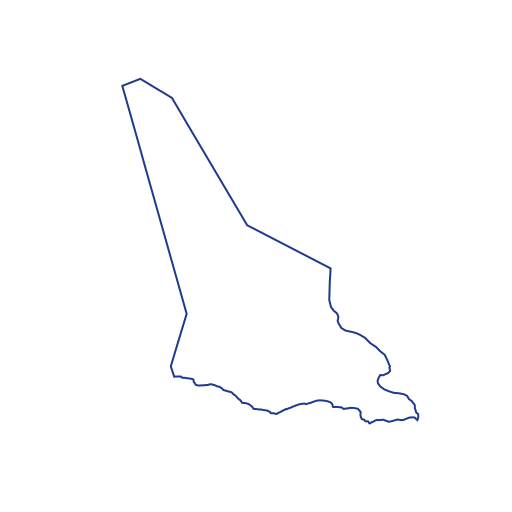 the district of Bitica, Litoral, Equatorial Guinea, rotated 254°
{"feature_id": "11065452B13026737962858", "entity_name": "Bitica", "entity_type": "district", "adm_level": 2, "iso_a3": "GNQ", "parent_name": "Equatorial Guinea", "parent_adm1": "Litoral", "projection": "equal_earth", "projection_center": [9.489, 1.359], "detail": "fine", "context": "isolated", "style": "outline", "palette": "blue", "viewbox_px": 512, "rotation_deg": 254, "n_neighbors": 0, "source": "geoboundaries", "source_scale": "gbopen_adm2", "svg_char_len": 5297}
<svg xmlns="http://www.w3.org/2000/svg" viewBox="0 0 512 512"><g transform="rotate(254 256 256)"><path d="M456.4,174.4L397.3,174.2L371.7,174.0L317.9,173.8L316.7,173.8L219.5,173.4L185.0,151.1L173.4,143.7L162.5,144.1L162.3,145.5L161.8,147.1L161.5,148.4L161.4,148.6L160.9,150.5L160.6,150.9L159.7,151.1L159.3,151.8L158.9,152.6L158.8,153.4L158.4,154.3L157.9,155.1L157.6,156.0L157.3,156.7L156.9,157.4L156.5,158.2L156.1,159.3L155.9,159.8L155.6,160.3L155.4,160.7L155.2,161.1L154.7,161.6L154.0,161.8L153.2,161.6L152.7,161.5L152.2,161.5L151.5,161.7L151.0,162.0L150.0,162.3L149.5,162.3L149.0,162.5L148.6,162.8L148.3,163.3L147.9,164.1L147.6,164.6L147.2,165.4L147.0,166.0L147.0,166.6L146.8,167.3L146.7,167.8L146.5,168.5L146.2,169.4L146.2,170.0L146.2,170.4L146.0,170.8L145.8,171.3L145.8,171.7L145.8,172.1L145.7,172.6L145.6,173.3L145.3,173.9L145.3,174.5L145.4,175.4L145.3,176.1L145.3,176.7L145.0,177.8L144.6,178.3L144.2,179.0L143.8,179.8L143.4,180.5L143.1,180.8L142.6,181.4L142.2,181.9L141.7,182.4L141.4,182.8L140.8,183.9L140.6,184.5L140.3,184.7L139.9,185.2L139.5,185.6L139.1,185.9L138.7,186.2L138.2,186.7L137.6,187.1L137.0,187.3L136.6,187.4L136.3,187.6L135.8,188.2L135.6,188.7L135.2,189.2L134.9,189.7L134.6,190.3L134.2,190.9L133.7,191.6L133.4,192.0L133.1,192.6L132.8,193.2L132.3,194.2L131.9,194.7L131.1,195.4L130.5,195.6L129.6,196.0L129.1,196.5L128.7,196.9L128.0,197.3L127.4,197.8L126.7,198.2L126.0,198.4L124.9,199.0L124.4,199.4L123.7,199.6L123.0,200.2L122.4,200.5L122.0,201.1L121.5,201.2L120.9,201.6L120.3,201.6L119.9,201.8L119.5,201.9L119.1,202.0L118.8,202.1L118.5,202.7L118.1,203.7L117.8,204.6L117.5,205.4L117.0,206.1L116.8,206.5L116.2,207.4L115.9,207.8L115.7,208.0L115.3,208.6L114.3,209.2L113.6,209.8L112.9,210.3L112.2,210.6L111.5,211.0L110.8,211.2L110.4,211.4L110.1,211.4L109.7,211.5L109.4,212.4L109.1,213.3L108.7,214.2L108.3,215.2L107.8,216.1L107.6,217.2L107.0,218.4L106.8,219.0L106.2,220.2L105.9,220.7L105.4,221.6L105.2,222.2L104.9,223.0L104.6,223.6L104.2,224.2L104.0,224.7L103.2,225.3L102.9,225.6L102.6,226.2L102.3,226.5L101.6,226.7L101.2,226.7L100.8,227.1L100.5,227.6L100.4,228.3L100.2,229.1L99.9,229.6L99.7,230.0L99.4,230.7L99.0,231.1L98.8,231.4L98.6,231.9L98.6,232.5L98.6,233.1L98.9,233.8L99.1,234.6L99.2,235.6L99.4,236.8L99.6,237.7L99.9,238.9L100.1,239.7L100.2,240.5L100.3,241.4L100.7,242.3L100.6,242.7L100.3,243.0L100.3,243.5L100.3,244.3L100.6,245.0L100.6,245.9L100.6,246.8L100.6,247.5L100.8,248.2L101.0,249.2L101.0,250.1L101.1,250.9L101.1,251.6L101.2,252.4L101.4,253.1L101.3,254.3L101.5,255.2L101.5,255.8L101.5,256.6L101.5,257.5L101.4,258.3L101.2,259.0L101.2,259.8L101.1,260.7L100.9,261.4L100.8,262.0L100.2,262.6L99.9,263.1L99.8,263.9L99.9,265.4L99.9,266.3L99.8,267.3L99.8,268.1L99.8,268.7L99.9,269.7L100.1,270.9L100.1,271.8L100.1,272.6L100.2,273.4L100.2,274.5L100.0,275.6L99.9,276.4L99.6,277.5L99.2,278.9L98.8,280.1L98.4,281.0L98.0,281.9L97.7,282.8L97.3,283.6L96.8,284.3L96.3,285.3L95.7,286.0L95.1,286.9L94.6,287.5L93.4,288.1L92.7,288.4L91.9,288.5L91.2,288.4L90.8,288.4L90.3,288.3L89.6,288.5L89.4,289.0L89.3,289.5L89.1,290.4L89.0,291.0L88.6,292.0L88.5,292.5L88.1,293.5L87.7,294.3L87.3,295.6L86.9,296.5L86.2,297.0L85.6,297.5L85.0,297.8L84.8,298.5L84.7,299.0L84.6,299.8L84.6,300.7L84.2,301.8L84.2,302.6L84.2,303.8L84.0,304.4L83.9,305.3L83.7,305.9L83.5,306.6L83.2,307.5L82.8,308.4L82.5,309.1L82.1,309.8L81.6,310.8L81.2,311.6L80.7,312.0L79.9,312.3L79.3,312.7L78.6,313.1L77.9,313.1L77.1,313.6L76.4,313.3L75.6,313.0L74.7,312.7L73.9,312.5L73.0,312.5L72.4,312.4L71.5,312.6L70.9,312.7L70.3,312.7L69.9,313.0L69.5,313.5L69.2,314.3L68.8,314.9L68.4,315.1L67.6,315.3L67.2,315.5L66.7,316.0L66.5,317.1L66.4,317.7L65.9,318.3L65.5,318.5L65.0,318.6L64.4,318.6L64.0,318.8L63.7,319.2L63.8,319.8L64.1,320.4L64.2,321.3L64.3,322.3L64.5,323.2L64.7,324.2L64.9,324.9L65.0,325.6L65.0,326.2L65.1,327.2L64.8,327.8L64.5,328.5L64.3,329.1L64.2,329.8L64.0,330.6L63.8,331.5L63.8,332.4L63.4,333.5L63.1,334.0L62.4,334.6L62.0,335.1L61.8,335.6L61.6,336.1L61.4,336.4L60.8,336.8L60.6,337.1L60.2,337.6L60.0,338.4L59.9,339.6L59.8,340.5L59.8,341.4L59.8,342.3L59.8,343.1L59.8,343.7L59.8,344.6L59.8,345.4L59.7,346.6L59.7,347.4L58.9,348.9L58.6,349.4L58.4,349.7L58.2,350.6L58.1,351.2L57.8,351.7L57.8,352.4L57.9,353.3L58.0,354.5L58.1,355.7L58.2,356.3L58.3,357.3L58.4,358.8L58.2,360.1L57.9,361.3L57.7,362.2L57.5,362.8L57.2,363.5L56.8,364.2L56.3,364.4L55.7,364.7L55.1,365.1L54.2,365.6L54.0,365.8L53.8,365.9L53.9,366.0L54.1,366.1L56.1,367.5L57.5,367.8L59.2,368.3L61.7,366.8L63.7,366.9L65.5,366.7L69.1,367.5L73.9,365.6L76.2,363.6L79.9,362.7L82.4,360.0L84.8,355.2L86.4,350.9L89.3,346.5L92.5,342.5L96.5,339.4L99.9,338.2L102.3,338.4L104.4,339.7L107.3,342.5L107.1,343.3L106.7,344.1L106.3,345.2L106.5,346.6L106.7,347.5L106.8,348.6L106.9,349.4L106.9,350.0L107.0,350.7L107.5,351.4L108.1,352.6L108.5,353.2L109.1,353.4L109.8,353.4L110.7,353.4L111.4,353.4L112.0,353.5L112.7,354.2L113.5,354.3L114.4,354.1L115.5,354.0L116.5,353.8L117.4,353.8L118.0,353.7L118.8,353.6L119.1,353.6L125.5,352.5L130.6,348.9L135.5,346.3L140.6,341.9L147.3,338.2L151.5,334.3L153.9,331.5L156.0,328.3L159.7,321.4L163.4,318.1L168.5,316.8L171.1,316.6L174.1,318.2L175.9,318.4L178.7,317.9L182.2,315.5L186.5,314.0L193.5,314.3L210.5,319.7L223.5,324.3L288.0,256.0L319.5,247.8L319.8,247.7L397.4,227.5L431.1,218.8L458.2,193.6L456.4,174.4Z" fill="none" stroke="#1e3a8a" stroke-width="2"/></g></svg>